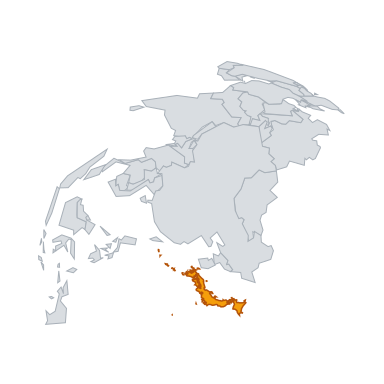 Japan on a map of Asia (orthographic projection), rotated 85°
{"feature_id": "JPN", "entity_name": "Japan", "entity_type": "country or territory", "adm_level": 0, "iso_a3": "JPN", "parent_name": "Asia", "parent_adm1": "", "projection": "orthographic", "projection_center": [135.292, 34.888], "detail": "fine", "context": "in_parent", "style": "filled", "palette": "amber", "viewbox_px": 384, "rotation_deg": 85, "n_neighbors": 45, "source": "natural_earth", "source_scale": "50m", "svg_char_len": 18404}
<svg xmlns="http://www.w3.org/2000/svg" viewBox="0 0 384 384"><g transform="rotate(85 192 192)"><path d="M177.4,105.9L172.9,106.6L168.6,110.7L166.0,107.2L160.6,112.2L155.1,111.0L152.6,117.8L149.8,119.8L142.6,108.1L139.7,109.5L137.1,105.5L129.0,107.8L128.0,103.2L131.9,96.7L132.6,92.7L129.4,88.8L132.4,77.6L129.3,75.1L119.4,85.0L121.1,79.1L119.0,77.9L121.7,75.3L126.0,67.1L128.7,69.8L133.3,65.9L130.9,60.8L136.4,52.1L142.8,49.3L141.1,52.0L147.1,51.2L145.6,60.7L149.4,68.1L150.9,67.3L151.9,63.3L156.2,63.1L157.8,60.5L159.2,60.2L169.4,66.2L170.5,68.9L167.7,72.1L169.9,75.2L168.3,76.6L175.2,77.8L169.7,92.2L175.2,95.5L177.4,105.9Z" fill="#d9dde1" stroke="#a8b0b8" stroke-width="1"/><path d="M119.4,85.0L129.3,75.1L132.4,77.6L129.4,88.8L132.6,92.7L131.9,96.7L128.0,103.2L128.5,107.2L135.7,106.5L133.2,107.9L135.2,114.1L131.8,114.4L130.4,112.3L132.2,110.1L130.0,108.7L126.2,111.1L125.3,109.6L122.8,115.2L119.9,117.4L124.8,85.5L120.1,86.9L119.4,85.0Z" fill="#d9dde1" stroke="#a8b0b8" stroke-width="1"/><path d="M311.2,329.5L311.1,349.3L307.6,347.1L297.6,347.8L301.8,344.4L298.9,338.7L281.9,333.1L279.2,334.8L275.3,330.7L282.1,328.9L276.2,328.8L269.4,324.4L283.2,324.3L285.0,330.7L289.1,332.6L297.0,327.2L311.2,329.5ZM247.9,347.2L246.0,350.5L242.2,350.4L244.1,347.9L247.9,347.2ZM284.1,343.4L283.8,341.1L285.3,339.0L286.2,341.3L284.1,343.4ZM220.1,301.9L217.9,304.6L224.2,313.6L219.7,313.2L213.5,327.4L191.5,318.9L186.8,306.8L189.5,302.3L192.5,307.2L204.6,308.7L207.6,308.6L212.5,299.9L220.1,301.9ZM259.0,331.6L269.2,331.3L270.7,333.7L259.0,331.6ZM255.0,332.5L252.3,331.7L251.5,330.3L255.5,330.5L255.0,332.5ZM259.1,313.5L262.1,317.2L259.8,323.7L257.0,317.2L259.1,313.5ZM231.5,313.3L248.5,315.1L242.4,318.3L228.8,316.5L228.2,318.9L231.7,322.3L241.0,321.0L233.9,324.2L240.5,335.8L236.9,335.2L238.7,332.9L234.0,332.6L231.9,326.2L229.3,326.8L230.0,334.9L227.6,335.0L223.4,325.4L227.4,316.5L231.5,313.3ZM231.9,348.2L225.0,346.0L228.5,346.0L231.9,348.2ZM228.5,344.4L236.4,344.5L239.8,343.9L239.3,345.5L228.5,344.4ZM220.7,341.0L225.4,343.6L216.5,342.9L220.7,341.0ZM177.2,323.8L200.8,333.5L212.5,340.2L208.3,340.5L175.0,325.9L177.2,323.8ZM167.6,304.4L176.9,315.0L176.4,323.4L172.6,322.2L165.0,314.5L141.9,272.8L148.7,276.7L158.3,291.6L164.5,296.3L169.0,302.2L167.6,304.4Z" fill="#d9dde1" stroke="#a8b0b8" stroke-width="1"/><path d="M248.4,348.6L251.7,346.2L257.1,346.6L248.4,348.6Z" fill="#d9dde1" stroke="#a8b0b8" stroke-width="1"/><path d="M99.6,69.7L97.1,71.7L92.4,77.8L96.2,72.0L99.6,68.9L99.6,69.7Z" fill="#d9dde1" stroke="#a8b0b8" stroke-width="1"/><path d="M101.2,68.9L99.6,68.9L102.2,67.6L101.2,68.9Z" fill="#d9dde1" stroke="#a8b0b8" stroke-width="1"/><path d="M97.9,71.5L96.1,73.0L98.4,70.4L97.9,71.5Z" fill="#d9dde1" stroke="#a8b0b8" stroke-width="1"/><path d="M97.9,71.5L98.5,75.1L95.7,79.1L95.3,76.5L92.8,81.1L91.1,80.9L92.4,77.8L97.9,71.5Z" fill="#d9dde1" stroke="#a8b0b8" stroke-width="1"/><path d="M80.9,126.8L81.9,132.2L85.9,131.8L79.9,139.4L79.1,131.5L80.9,126.8Z" fill="#d9dde1" stroke="#a8b0b8" stroke-width="1"/><path d="M81.5,123.6L82.7,121.2L84.0,120.4L82.5,123.8L81.5,123.6Z" fill="#d9dde1" stroke="#a8b0b8" stroke-width="1"/><path d="M90.4,100.7L87.6,107.3L88.4,102.0L90.4,100.7Z" fill="#d9dde1" stroke="#a8b0b8" stroke-width="1"/><path d="M95.7,79.1L98.5,75.1L100.1,76.6L104.5,72.1L106.7,72.2L106.0,76.4L102.5,82.7L98.5,86.1L95.4,93.9L90.3,103.6L88.5,98.1L95.7,79.1Z" fill="#d9dde1" stroke="#a8b0b8" stroke-width="1"/><path d="M80.4,139.1L84.7,134.5L83.4,149.9L78.7,152.5L76.9,156.4L71.1,154.1L73.4,144.1L76.3,147.3L79.6,142.3L80.4,139.1ZM87.1,130.4L86.4,130.3L87.1,129.8L87.1,130.4Z" fill="#d9dde1" stroke="#a8b0b8" stroke-width="1"/><path d="M167.5,258.9L169.8,252.0L179.8,256.7L181.7,254.6L185.0,259.6L184.1,263.9L178.0,264.8L179.3,267.5L169.9,265.6L167.5,258.9Z" fill="#d9dde1" stroke="#a8b0b8" stroke-width="1"/><path d="M177.2,254.3L169.8,252.0L167.5,258.9L160.1,251.4L155.4,265.1L164.0,279.5L160.6,280.1L151.6,266.8L157.7,256.2L155.1,242.7L158.0,239.7L155.0,229.4L158.6,225.9L164.8,225.6L167.7,230.6L165.6,237.6L172.9,237.1L177.3,242.1L179.1,250.0L177.2,254.3Z" fill="#d9dde1" stroke="#a8b0b8" stroke-width="1"/><path d="M184.5,256.9L177.2,254.3L179.1,250.0L175.3,238.3L165.6,237.6L167.7,230.6L164.8,225.6L170.6,224.8L171.1,220.4L174.7,228.0L178.6,229.4L179.3,233.1L175.8,234.4L185.1,250.6L184.5,256.9Z" fill="#d9dde1" stroke="#a8b0b8" stroke-width="1"/><path d="M164.8,225.6L158.6,225.9L155.0,229.4L158.0,239.7L155.1,242.7L157.7,256.2L153.5,261.8L154.9,250.3L153.2,234.7L147.0,236.6L143.8,233.8L145.8,226.0L143.1,211.2L156.3,196.3L162.5,197.0L164.4,192.8L167.3,197.3L160.5,209.5L163.7,210.2L165.2,215.4L163.6,218.2L169.2,221.5L164.8,225.6Z" fill="#d9dde1" stroke="#a8b0b8" stroke-width="1"/><path d="M172.6,267.1L179.3,267.5L178.0,264.8L184.1,263.9L185.6,253.4L175.8,234.4L179.3,233.1L178.6,229.4L174.7,228.0L172.8,220.4L183.4,220.5L191.0,230.1L181.4,237.1L190.2,254.5L189.8,268.0L174.8,274.7L172.6,267.1Z" fill="#d9dde1" stroke="#a8b0b8" stroke-width="1"/><path d="M274.7,160.6L271.6,166.4L264.7,170.5L266.3,176.1L255.4,176.2L258.0,171.3L254.9,168.8L257.6,166.6L263.4,162.1L267.3,163.8L267.0,161.7L273.0,158.2L274.7,160.6Z" fill="#d9dde1" stroke="#a8b0b8" stroke-width="1"/><path d="M259.8,178.1L266.8,175.2L269.8,182.7L268.2,189.4L259.5,191.5L259.2,182.1L261.6,181.7L259.8,178.1Z" fill="#d9dde1" stroke="#a8b0b8" stroke-width="1"/><path d="M178.3,106.1L189.6,105.7L197.2,114.2L204.8,107.5L211.4,118.3L218.8,120.0L221.1,124.7L226.0,126.7L236.1,124.6L241.4,127.1L236.9,134.9L243.1,134.7L246.7,139.3L228.0,144.7L224.2,142.6L222.1,144.7L222.6,147.7L217.8,150.1L202.0,150.7L193.2,142.9L182.7,138.2L183.0,131.7L175.8,123.2L179.1,117.7L178.3,106.1Z" fill="#d9dde1" stroke="#a8b0b8" stroke-width="1"/><path d="M164.4,192.8L162.5,197.0L156.3,196.3L144.7,209.7L145.0,203.1L143.1,204.8L142.2,202.1L147.1,198.5L141.1,193.8L139.2,187.5L137.4,189.5L138.5,192.5L135.5,193.9L136.7,195.8L134.3,205.3L129.3,203.0L126.7,207.1L112.9,212.7L108.1,211.7L102.9,230.1L96.6,234.0L94.5,198.6L99.0,178.4L94.8,175.9L95.3,162.0L100.6,165.2L102.3,153.6L105.7,152.1L107.3,154.5L120.7,145.8L122.2,136.5L128.0,140.4L131.3,139.1L131.0,144.8L125.6,154.2L127.9,162.6L123.7,165.8L128.2,176.1L137.9,186.9L141.8,181.8L140.7,185.6L142.4,188.3L148.4,191.1L148.7,187.2L162.5,186.9L161.6,190.9L164.4,192.8Z" fill="#d9dde1" stroke="#a8b0b8" stroke-width="1"/><path d="M145.0,203.1L142.5,214.2L142.1,205.2L139.7,203.7L138.1,206.9L135.1,204.2L135.5,193.9L138.5,192.5L137.4,189.5L139.2,187.5L141.1,193.8L147.1,198.5L142.2,202.1L143.1,204.8L145.0,203.1Z" fill="#d9dde1" stroke="#a8b0b8" stroke-width="1"/><path d="M148.7,187.2L148.4,191.1L140.7,185.6L145.2,182.9L148.7,187.2Z" fill="#d9dde1" stroke="#a8b0b8" stroke-width="1"/><path d="M140.0,181.7L137.9,186.9L135.9,185.7L123.7,165.8L129.2,162.5L135.1,177.1L140.0,181.7Z" fill="#d9dde1" stroke="#a8b0b8" stroke-width="1"/><path d="M131.3,139.1L128.0,140.4L122.2,136.5L120.7,145.8L107.3,154.5L105.7,152.1L102.3,153.6L100.6,165.2L95.3,162.0L95.5,152.7L89.3,144.3L91.6,141.3L94.0,142.4L97.1,127.9L97.8,132.7L103.2,138.0L106.6,134.5L110.9,136.8L123.8,126.1L130.1,129.4L129.3,135.2L131.3,139.1Z" fill="#d9dde1" stroke="#a8b0b8" stroke-width="1"/><path d="M116.3,112.3L121.6,119.7L126.7,118.1L124.3,125.4L128.0,125.2L130.1,129.4L122.1,126.6L120.6,130.1L117.2,132.7L115.9,131.0L115.1,133.8L110.9,136.8L106.6,134.5L103.2,138.0L97.8,132.7L97.1,127.9L99.7,126.8L103.1,117.5L109.5,110.5L110.6,114.4L116.3,112.3Z" fill="#d9dde1" stroke="#a8b0b8" stroke-width="1"/><path d="M119.9,117.4L122.8,115.2L125.3,109.6L132.2,110.1L131.0,112.9L127.3,112.6L132.8,119.6L130.5,128.2L124.3,125.4L126.7,118.1L121.6,119.7L119.9,117.4Z" fill="#d9dde1" stroke="#a8b0b8" stroke-width="1"/><path d="M135.7,106.5L139.7,109.5L142.6,108.1L149.8,119.8L132.8,119.6L127.3,112.6L128.8,111.0L135.2,114.1L133.2,107.9L135.7,106.5Z" fill="#d9dde1" stroke="#a8b0b8" stroke-width="1"/><path d="M119.0,77.9L121.1,79.1L119.0,84.3L120.1,86.9L124.8,85.5L120.2,112.7L118.8,114.5L118.6,112.3L109.6,113.5L109.5,110.5L111.3,107.8L112.0,96.6L108.1,92.9L112.4,87.9L114.6,82.9L116.8,81.0L117.8,83.9L120.4,79.1L117.5,80.2L119.0,77.9Z" fill="#d9dde1" stroke="#a8b0b8" stroke-width="1"/><path d="M90.3,103.6L95.4,93.9L98.5,86.1L102.5,82.7L108.0,73.3L111.6,69.4L109.9,74.8L112.2,76.0L107.4,83.3L106.1,88.2L107.5,93.4L111.8,95.1L111.3,107.8L103.1,117.5L99.7,126.8L97.1,127.9L94.0,142.4L91.6,141.3L89.3,144.3L86.8,134.0L88.6,129.3L86.2,122.8L87.2,115.6L91.1,106.0L90.3,103.6Z" fill="#d9dde1" stroke="#a8b0b8" stroke-width="1"/><path d="M98.5,71.0L101.2,68.9L104.3,64.6L107.2,62.7L106.4,71.8L104.5,72.1L100.1,76.6L97.0,74.1L98.5,71.0Z" fill="#d9dde1" stroke="#a8b0b8" stroke-width="1"/><path d="M110.0,75.4L113.8,66.6L115.9,64.4L115.1,68.5L110.0,75.4Z" fill="#d9dde1" stroke="#a8b0b8" stroke-width="1"/><path d="M106.0,76.4L107.2,62.7L105.1,64.0L107.1,62.0L108.2,59.1L110.3,51.6L113.4,46.8L121.4,38.3L122.9,39.8L121.9,45.2L116.8,55.8L117.3,61.6L112.3,69.9L111.6,69.4L106.0,76.4ZM127.3,33.5L126.0,36.2L123.3,39.2L122.9,37.2L127.3,33.5Z" fill="#d9dde1" stroke="#a8b0b8" stroke-width="1"/><path d="M105.9,243.5L105.2,246.7L102.0,246.1L101.4,237.3L103.3,232.5L105.9,243.5Z" fill="#d9dde1" stroke="#a8b0b8" stroke-width="1"/><path d="M193.7,244.2L191.5,238.9L199.2,238.3L196.9,243.2L193.7,244.2ZM132.8,119.6L152.6,117.8L155.1,111.0L160.6,112.2L166.0,107.2L168.6,110.7L172.9,106.6L178.3,106.1L179.1,117.7L175.8,123.2L183.0,131.7L182.7,138.2L193.2,142.9L202.0,150.7L214.3,150.6L222.6,147.7L222.1,144.7L224.2,142.6L228.0,144.7L240.2,139.7L246.1,140.6L243.1,134.7L236.7,133.2L241.4,127.1L248.0,127.3L253.0,121.0L252.3,117.8L257.6,116.0L266.0,119.4L268.8,131.3L273.2,132.8L276.9,139.4L287.7,137.0L282.3,150.0L276.4,150.5L274.7,160.6L273.0,158.2L267.0,161.7L267.3,163.8L263.4,162.1L254.9,168.8L244.6,171.7L248.9,166.1L247.6,163.9L234.0,170.6L239.4,177.9L243.3,175.6L247.8,177.9L248.0,180.1L236.2,186.5L243.3,200.6L240.7,204.3L243.1,208.0L241.0,214.1L228.8,226.9L218.3,232.0L200.0,233.2L198.2,237.0L196.3,236.7L196.9,232.4L187.8,228.1L187.5,224.1L183.4,220.5L171.1,220.4L170.6,224.8L163.6,218.2L165.2,215.4L163.7,210.2L160.5,209.5L167.3,197.3L166.1,193.3L161.6,190.9L162.5,186.9L151.0,187.9L145.2,182.9L140.9,184.8L141.8,181.8L135.1,177.1L125.6,154.2L131.0,144.8L129.3,135.2L132.8,119.6Z" fill="#d9dde1" stroke="#a8b0b8" stroke-width="1"/><path d="M239.1,225.6L237.0,235.2L235.1,238.1L233.5,231.6L239.1,225.6Z" fill="#d9dde1" stroke="#a8b0b8" stroke-width="1"/><path d="M117.9,67.4L116.2,71.6L118.0,71.2L114.4,78.3L114.0,77.1L109.1,80.8L112.2,76.0L110.0,75.4L112.8,70.9L116.3,66.4L115.8,69.5L117.9,67.4ZM109.9,74.8L110.2,73.2L112.3,69.9L111.7,72.2L109.9,74.8Z" fill="#d9dde1" stroke="#a8b0b8" stroke-width="1"/><path d="M122.9,52.8L119.6,64.2L116.1,69.5L117.4,59.9L120.4,57.1L122.9,52.8Z" fill="#d9dde1" stroke="#a8b0b8" stroke-width="1"/><path d="M234.2,275.3L230.9,270.1L235.4,272.3L234.2,275.3ZM240.3,287.7L240.4,281.0L241.8,283.4L244.8,280.2L240.3,287.7ZM249.7,286.1L253.9,295.7L252.5,298.8L251.1,295.1L249.2,296.7L249.3,301.0L244.7,298.4L242.5,292.3L235.9,293.7L242.1,289.2L249.9,288.9L249.7,286.1ZM227.9,280.4L218.0,286.6L227.4,277.3L227.9,280.4ZM239.7,253.3L236.4,267.7L244.7,270.8L245.0,275.5L240.8,271.2L232.2,268.8L233.7,266.6L229.9,262.7L233.8,251.4L239.7,253.3ZM236.7,282.1L236.5,276.8L241.1,278.5L236.7,282.1ZM250.4,277.4L251.3,281.6L248.4,280.3L247.4,284.5L245.7,275.5L250.4,277.4Z" fill="#d9dde1" stroke="#a8b0b8" stroke-width="1"/><path d="M157.3,276.0L166.5,282.9L170.3,298.7L160.9,290.3L157.3,276.0ZM220.1,301.9L212.5,299.9L207.6,308.6L192.5,307.2L190.0,304.6L189.5,302.3L194.9,304.2L195.7,301.6L201.7,301.7L206.3,297.8L210.6,299.4L216.1,291.4L225.2,298.4L220.1,301.9Z" fill="#d9dde1" stroke="#a8b0b8" stroke-width="1"/><path d="M211.1,295.6L210.6,299.4L208.0,300.0L206.3,297.8L211.1,295.6Z" fill="#d9dde1" stroke="#a8b0b8" stroke-width="1"/><path d="M73.4,144.1L71.1,154.1L69.5,155.4L65.1,145.7L67.7,135.6L70.3,129.9L69.5,139.8L71.9,139.1L73.4,144.1Z" fill="#d9dde1" stroke="#a8b0b8" stroke-width="1"/><path d="M92.1,78.2L92.0,81.5L92.8,81.1L95.3,76.5L95.7,79.1L88.5,98.1L88.3,104.1L84.6,116.4L79.1,131.5L80.4,139.1L79.6,142.3L76.3,147.3L71.9,139.1L69.5,139.8L70.3,129.9L68.9,132.4L76.3,109.5L80.2,101.2L89.9,81.1L92.1,78.2Z" fill="#d9dde1" stroke="#a8b0b8" stroke-width="1"/><path d="M105.7,61.5L104.2,61.2L105.9,58.6L105.7,61.5Z" fill="#d9dde1" stroke="#a8b0b8" stroke-width="1"/><path d="M306.2,164.4L306.9,164.3L306.8,165.5L307.0,167.0L307.1,167.4L308.2,168.6L309.0,170.6L309.0,172.0L308.9,173.3L308.2,173.9L307.9,174.7L307.7,176.2L306.6,176.5L306.2,177.3L306.2,178.1L306.6,180.0L306.6,181.4L306.5,181.9L305.8,183.0L305.4,185.0L305.6,185.7L306.5,187.0L305.8,187.3L305.2,187.9L305.1,188.9L305.0,189.2L304.0,189.8L303.6,190.4L303.3,190.4L303.2,190.2L303.3,190.0L303.2,188.8L304.0,187.7L303.7,187.3L303.2,187.4L303.0,188.1L302.6,188.4L302.7,188.8L303.0,189.0L302.8,189.5L302.1,188.9L301.3,189.0L301.0,189.5L300.9,190.8L300.6,191.3L300.1,191.7L299.8,191.4L299.9,190.3L300.3,190.1L299.6,189.7L299.2,189.8L298.2,191.3L298.0,191.8L295.8,191.6L294.3,192.0L295.0,191.5L295.0,191.2L294.2,191.3L293.9,191.0L293.9,191.4L293.6,191.4L293.6,190.4L293.7,190.2L293.4,190.1L293.0,190.4L292.5,191.6L293.7,192.6L293.6,193.0L291.9,193.6L290.5,196.1L289.8,196.4L289.0,196.1L287.9,194.3L287.8,193.2L288.5,192.7L288.8,191.9L288.6,191.7L287.6,191.8L286.6,191.3L285.0,191.5L284.1,192.2L282.4,192.6L281.3,193.1L280.9,193.0L279.7,193.3L279.0,192.8L278.6,192.9L278.4,193.3L278.0,194.8L276.7,193.9L275.0,194.3L274.5,194.0L274.0,194.1L273.9,193.0L274.3,192.5L275.5,192.5L278.5,190.1L280.0,188.6L280.7,188.2L281.9,188.1L282.2,188.5L283.0,188.3L284.2,188.3L288.1,187.4L288.4,187.5L288.2,188.0L288.6,188.3L289.7,188.4L290.4,187.9L291.0,187.3L290.8,186.4L290.9,185.9L292.9,183.4L293.1,182.5L293.0,181.6L293.4,180.8L294.9,180.2L294.9,180.6L293.6,181.9L293.9,182.2L294.0,183.0L294.7,183.3L295.0,183.2L295.5,182.5L298.1,181.4L299.0,180.3L299.8,178.8L301.2,177.7L301.7,176.1L302.5,174.6L302.7,173.2L303.1,172.4L303.1,171.6L302.9,170.6L302.1,170.4L302.6,170.0L302.8,169.0L302.5,168.0L302.6,167.4L303.5,166.7L303.7,166.0L303.5,165.4L303.7,165.1L304.5,165.2L304.7,166.4L304.9,166.7L305.5,166.2L306.0,166.4L306.3,165.9L306.3,165.1L306.2,164.9L305.0,165.4L305.0,165.0L305.3,163.9L306.2,164.4ZM312.8,153.0L313.6,153.0L314.8,153.5L315.4,153.6L315.9,153.3L317.1,151.8L316.6,153.7L316.6,154.1L316.8,154.5L317.5,155.8L318.0,155.9L318.4,155.4L318.9,155.4L318.3,155.8L318.1,156.3L317.6,156.3L316.5,157.1L315.6,157.4L314.4,157.5L313.8,157.9L312.7,159.1L312.4,159.8L312.2,161.2L312.0,161.5L309.7,160.7L307.7,159.5L306.4,159.7L305.2,160.6L304.4,159.8L303.7,159.9L303.3,160.4L303.3,160.9L303.9,161.5L304.6,161.6L305.9,162.7L305.4,163.0L304.4,162.8L303.3,164.3L303.0,164.4L302.6,164.2L302.5,163.8L302.7,162.5L302.6,161.9L301.9,161.1L301.9,159.9L301.9,159.6L302.6,159.2L303.5,158.3L303.6,157.9L303.3,157.5L303.3,156.9L303.5,156.8L304.5,157.2L305.5,157.3L305.9,157.2L306.1,156.9L306.1,155.4L306.7,153.9L306.6,152.9L306.8,152.1L306.8,151.1L306.6,150.3L306.1,149.4L306.3,148.5L307.0,148.0L310.0,151.1L312.8,153.0ZM274.4,195.4L275.4,195.8L276.1,195.5L276.5,195.7L276.5,196.1L275.9,197.0L277.1,197.1L276.9,197.7L277.3,198.0L277.1,198.3L277.4,198.6L276.2,200.3L275.4,202.6L275.4,203.4L275.0,204.5L274.1,204.3L273.9,204.5L274.1,205.0L272.7,205.9L273.1,204.9L272.8,203.7L273.2,203.5L273.1,203.2L272.7,203.1L272.3,203.7L272.3,204.3L272.6,204.9L272.4,205.3L271.1,204.7L270.9,204.3L271.4,204.1L271.5,203.5L271.1,202.8L271.2,201.5L271.9,201.1L272.8,199.5L272.3,199.3L272.6,199.0L272.5,198.7L272.0,197.6L271.6,197.2L271.2,197.5L271.3,198.5L271.8,198.5L271.8,199.1L271.5,199.2L270.9,198.8L269.9,199.6L270.1,199.0L269.7,198.3L269.7,197.6L270.1,198.3L270.7,198.5L270.4,197.8L269.4,196.9L269.5,196.4L270.3,196.6L270.2,196.1L271.4,195.5L272.1,195.4L272.5,194.6L273.3,194.3L274.1,194.6L274.4,195.4ZM285.4,193.3L286.3,193.4L286.4,195.0L286.6,195.1L285.4,195.9L284.9,196.6L284.7,197.3L284.0,196.5L282.9,196.3L281.7,196.9L281.3,197.9L280.8,198.3L280.7,198.9L280.1,199.2L279.5,199.2L279.8,198.6L279.1,198.6L279.1,198.2L278.9,198.0L279.2,197.1L278.8,196.9L278.8,196.5L277.6,196.8L279.6,195.5L280.1,194.3L280.6,193.9L281.3,194.6L281.5,194.6L282.8,194.2L283.0,193.8L282.9,193.3L283.2,193.4L284.0,192.9L284.4,192.9L285.4,193.3ZM263.4,222.7L261.9,223.5L262.1,223.9L261.6,224.2L261.7,224.6L261.1,224.8L261.5,223.5L262.3,222.9L262.1,222.7L262.8,222.6L263.4,221.8L263.7,222.1L263.4,222.7ZM298.1,178.9L297.7,178.9L297.9,178.8L298.0,178.4L297.7,178.3L297.7,177.9L298.5,177.0L298.4,177.9L298.8,178.0L298.5,178.6L298.1,178.9ZM267.9,216.6L267.6,217.2L266.9,216.6L268.8,215.7L268.9,216.0L267.9,216.6ZM271.3,200.6L270.6,201.1L270.4,200.9L270.6,200.7L270.7,199.8L271.2,199.7L271.3,200.6ZM287.3,193.2L286.9,193.5L286.6,193.5L286.4,193.2L286.9,192.5L287.5,192.2L287.2,192.8L287.3,193.2ZM272.3,208.9L271.7,208.9L271.6,208.4L271.9,208.1L272.4,208.4L272.5,208.5L272.3,208.9ZM269.3,191.6L268.9,192.6L268.6,192.3L268.9,191.4L269.3,191.1L269.3,191.6ZM273.5,208.4L273.2,208.5L273.2,208.2L273.9,206.7L273.9,207.5L273.5,208.4ZM266.2,198.5L266.8,198.6L267.0,199.1L266.3,199.2L266.1,199.0L266.2,198.5ZM268.6,193.3L268.4,193.4L268.3,193.2L268.4,192.5L268.8,192.6L268.6,193.3ZM247.2,230.6L246.4,230.5L246.4,230.4L246.8,230.0L247.4,230.3L247.2,230.6ZM282.2,185.5L281.8,185.6L281.7,185.4L281.7,185.1L282.0,184.9L282.2,185.5ZM267.6,198.3L267.4,197.9L267.8,197.2L268.0,197.8L267.6,198.3ZM248.7,229.6L248.4,230.4L248.1,230.4L247.9,230.1L248.4,230.0L248.7,229.6ZM266.2,218.7L265.9,218.6L265.9,218.0L266.1,217.9L266.2,218.7ZM305.4,149.5L304.9,149.5L304.9,149.3L305.2,149.2L305.4,149.5ZM271.9,200.3L271.6,200.3L271.4,200.1L271.9,199.8L272.2,199.9L271.9,200.3ZM300.9,161.9L300.7,161.9L300.7,161.4L301.1,161.3L300.9,161.9ZM278.2,194.4L278.6,194.6L279.0,194.6L278.7,194.8L278.2,194.7L278.2,194.4ZM304.6,148.4L304.6,149.1L304.3,148.3L304.6,148.4ZM269.1,196.9L268.7,197.1L269.0,196.5L269.4,196.4L269.1,196.9ZM252.9,229.4L252.2,229.4L252.3,228.8L252.5,229.1L252.9,229.4ZM270.2,194.9L270.0,195.0L269.8,194.9L270.0,194.4L270.2,194.9ZM285.4,192.3L285.0,192.7L284.8,192.3L285.3,192.2L285.4,192.3ZM267.4,217.2L267.1,217.2L267.0,216.9L267.4,217.2ZM302.1,191.2L302.1,191.4L301.9,191.3L301.8,191.0L302.1,191.2ZM269.8,202.7L269.4,203.3L269.5,202.9L269.8,202.7ZM279.4,193.5L279.4,193.9L279.1,193.9L279.4,193.5ZM303.7,197.8L303.4,197.7L303.8,197.6L303.7,197.8ZM312.9,222.5L313.0,222.9L312.7,222.5L312.9,222.5Z" fill="#f59e0b" stroke="#b45309" stroke-width="1.5"/></g></svg>